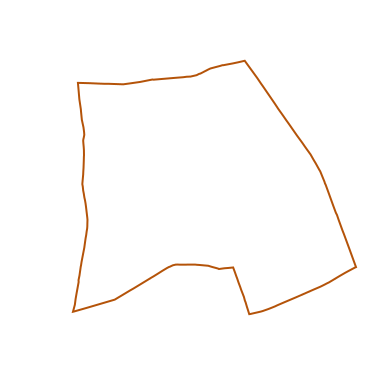 the district of At Tahrir, Amanat Al Asimah, Yemen, rotated 257°
{"feature_id": "15242507B91083186243628", "entity_name": "At Tahrir", "entity_type": "district", "adm_level": 2, "iso_a3": "YEM", "parent_name": "Yemen", "parent_adm1": "Amanat Al Asimah", "projection": "mercator", "projection_center": [44.197, 15.354], "detail": "fine", "context": "isolated", "style": "outline", "palette": "amber", "viewbox_px": 384, "rotation_deg": 257, "n_neighbors": 0, "source": "geoboundaries", "source_scale": "gbopen_adm2", "svg_char_len": 2248}
<svg xmlns="http://www.w3.org/2000/svg" viewBox="0 0 384 384"><g transform="rotate(257 192 192)"><path d="M324.0,105.4L315.4,104.2L307.7,103.1L297.6,102.3L295.6,102.0L287.0,100.9L286.0,100.9L279.5,100.8L276.3,100.5L274.5,100.3L271.9,99.9L269.2,98.7L267.8,98.0L266.4,97.5L263.8,97.1L260.2,96.6L257.1,96.1L252.0,95.0L250.7,94.6L245.7,93.3L240.1,91.8L236.4,90.7L233.5,89.9L225.6,87.3L224.3,86.9L221.9,86.8L217.9,86.3L214.8,86.2L210.8,85.9L208.1,85.9L204.8,85.7L201.5,85.4L190.6,84.2L188.4,83.9L184.6,82.9L182.2,82.3L180.2,81.7L177.3,80.5L173.8,79.2L170.8,77.9L168.2,76.9L161.9,74.5L148.6,68.6L145.3,67.3L144.3,66.8L136.0,63.6L131.6,61.6L129.8,61.3L118.9,56.6L113.9,54.5L108.5,52.5L102.1,49.1L102.1,50.0L102.8,63.7L104.5,92.5L110.0,109.5L111.1,113.2L115.4,126.2L117.8,133.4L118.4,135.4L119.9,139.8L121.9,145.5L123.5,150.4L124.1,152.6L124.2,153.7L124.5,155.0L124.9,156.9L124.9,159.9L124.6,161.4L124.2,162.8L123.5,165.8L122.6,169.6L122.3,171.1L121.3,175.5L120.8,177.7L120.6,178.6L119.9,180.6L119.4,182.3L117.5,188.1L116.5,191.2L115.1,193.6L114.2,195.2L112.4,198.6L111.5,200.2L110.9,200.9L110.4,206.4L109.8,210.4L109.2,215.1L104.7,215.7L99.3,216.3L98.1,216.5L93.1,217.0L88.7,217.6L85.7,217.9L78.0,219.0L74.3,219.1L72.5,219.4L67.4,219.7L66.4,219.8L60.1,220.3L60.0,221.6L60.0,227.1L60.0,232.1L60.1,234.0L60.8,240.2L61.4,244.2L61.9,247.3L62.4,249.5L63.4,255.0L64.5,261.2L65.9,269.2L69.6,288.8L70.8,295.5L71.2,297.3L72.2,301.4L72.5,302.4L73.1,305.1L76.8,316.5L78.8,323.0L79.8,326.6L81.7,333.7L81.9,334.9L100.7,332.6L117.2,330.5L120.5,330.0L132.0,328.6L137.0,328.1L139.4,327.5L146.4,326.6L162.2,324.7L169.4,323.8L170.2,323.5L172.1,323.4L183.2,321.6L185.4,320.9L191.0,319.3L192.7,318.8L194.8,318.1L196.7,317.5L201.8,316.0L207.5,313.6L211.4,312.0L215.2,310.5L223.6,306.9L236.6,301.7L240.9,299.9L245.7,298.0L253.7,294.7L257.5,293.3L259.9,292.4L279.5,284.7L281.9,283.7L288.4,281.2L308.0,272.9L308.0,266.1L308.1,260.6L308.5,251.2L308.7,250.1L308.5,247.5L308.4,243.5L308.2,237.7L307.7,235.4L305.5,226.8L305.5,225.5L304.8,222.8L304.8,216.5L305.5,212.8L305.8,209.4L307.0,201.4L310.1,179.7L310.5,178.8L310.9,166.2L311.1,163.9L311.8,155.6L312.4,149.2L316.1,135.4L317.1,131.1L318.4,126.3L320.9,117.3L324.0,105.4Z" fill="none" stroke="#b45309" stroke-width="2"/></g></svg>